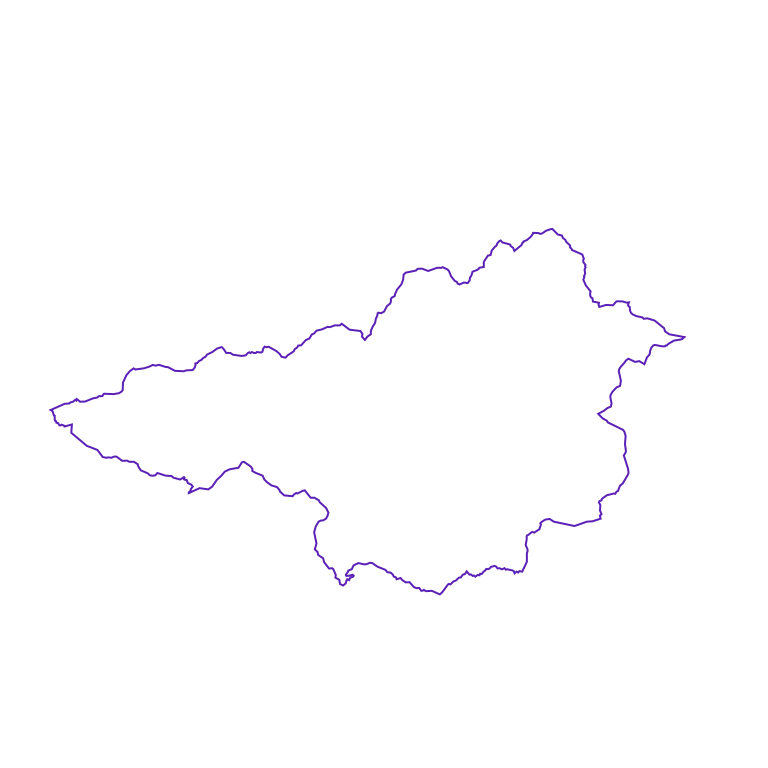 Andreiasu De Jos, Vrancea, Romania, rotated 36°
{"feature_id": "2599482B32209112842541", "entity_name": "Andreiasu De Jos", "entity_type": "district", "adm_level": 2, "iso_a3": "ROU", "parent_name": "Romania", "parent_adm1": "Vrancea", "projection": "mercator", "projection_center": [26.796, 45.716], "detail": "fine", "context": "isolated", "style": "outline", "palette": "violet", "viewbox_px": 768, "rotation_deg": 36, "n_neighbors": 0, "source": "geoboundaries", "source_scale": "gbopen_adm2", "svg_char_len": 6165}
<svg xmlns="http://www.w3.org/2000/svg" viewBox="0 0 768 768"><g transform="rotate(36 384 384)"><path d="M303.8,572.5L305.3,568.1L305.1,559.9L306.3,553.8L306.7,548.5L309.3,543.7L315.5,537.3L315.1,530.8L316.4,529.3L324.7,529.1L327.4,530.0L328.5,531.7L332.1,531.4L339.6,529.5L343.4,531.6L347.0,532.2L352.5,532.2L358.1,530.3L362.0,531.3L362.9,532.1L368.7,532.8L376.0,528.5L376.1,526.1L377.1,523.7L378.4,523.4L381.0,518.2L382.4,516.6L391.5,519.1L394.6,516.9L399.7,516.4L401.5,517.4L410.2,518.4L414.7,520.8L415.9,524.2L416.2,527.0L415.0,530.0L413.1,531.7L412.0,533.7L412.5,539.4L414.7,545.1L423.1,552.7L425.3,558.5L428.8,558.9L431.3,561.0L437.3,560.8L440.2,563.3L448.0,565.6L450.4,563.5L451.6,563.5L457.2,566.8L458.5,569.2L462.9,568.7L466.1,571.7L469.4,571.0L470.2,567.7L469.4,566.0L469.0,563.5L471.0,563.3L470.5,560.5L472.1,558.4L472.2,557.0L470.8,556.7L467.8,560.3L466.2,561.4L465.3,560.8L465.2,556.9L464.8,555.9L466.8,552.7L466.0,548.6L468.5,544.0L474.1,541.5L475.8,540.0L477.7,536.9L479.8,535.8L486.2,535.6L494.5,533.5L497.4,534.3L500.1,532.7L503.1,533.0L505.2,534.1L507.1,533.4L509.0,534.5L511.5,531.2L514.0,531.9L518.2,531.7L521.2,529.3L527.4,530.7L530.2,530.1L532.4,528.3L535.7,529.4L536.9,528.3L537.2,527.1L539.6,527.0L544.3,523.2L552.8,521.4L553.5,518.5L553.6,508.6L553.9,507.7L555.6,507.0L556.2,503.0L557.7,500.7L558.4,496.7L559.8,495.4L559.9,491.7L561.2,490.2L561.0,487.0L565.2,488.0L566.2,487.0L568.6,487.1L569.3,486.1L571.1,486.2L572.0,483.5L573.7,482.6L573.3,481.0L574.8,480.1L574.8,477.3L575.5,475.3L575.4,473.5L577.1,472.6L577.9,471.0L578.0,469.2L580.3,466.2L582.2,465.8L584.2,466.5L585.6,465.2L588.4,464.6L589.7,462.2L591.7,462.6L592.3,461.6L597.5,459.3L599.4,459.2L600.9,460.4L601.6,457.9L603.3,457.7L603.5,455.8L606.1,454.6L604.1,443.9L598.9,436.7L598.6,435.2L597.3,433.4L593.3,431.0L590.7,425.7L588.9,423.3L588.8,422.3L589.6,420.9L590.4,417.4L591.1,416.5L592.9,415.9L595.1,410.1L593.6,405.6L592.3,404.8L592.7,402.6L594.2,398.9L597.3,395.8L602.2,395.6L621.6,386.9L629.1,376.1L633.4,372.5L638.4,365.7L636.0,363.5L636.5,361.5L633.1,359.4L630.2,354.8L627.7,353.6L627.1,352.4L628.3,350.3L627.9,349.1L628.2,347.3L629.7,343.0L634.3,337.5L635.6,336.9L635.4,334.3L636.2,332.9L634.7,327.7L635.6,324.0L634.6,313.6L633.9,311.9L631.1,309.0L620.0,300.8L619.8,297.6L619.1,296.0L614.3,291.0L610.0,284.0L606.5,281.3L604.4,280.6L587.6,283.5L585.8,282.7L581.1,283.3L574.8,282.2L577.7,276.3L578.9,272.1L580.8,269.0L579.6,266.1L574.9,261.7L573.8,259.9L573.4,255.9L573.9,251.4L574.3,249.7L576.0,247.0L575.7,245.9L573.7,242.1L566.4,235.6L565.6,233.8L565.4,231.2L566.0,225.6L565.9,222.7L566.8,219.9L574.2,218.5L577.0,215.5L583.0,214.9L581.1,207.9L581.5,203.9L579.6,200.2L578.9,197.2L579.2,194.4L580.3,193.1L587.0,190.0L589.0,188.5L589.4,187.1L590.1,186.8L590.5,184.3L593.0,178.5L598.0,173.5L598.9,172.1L599.4,169.5L585.6,176.1L580.4,176.2L577.8,174.2L565.6,173.6L558.5,176.1L555.7,178.6L554.1,178.2L548.1,180.8L544.2,181.5L542.1,181.3L540.0,180.1L537.5,177.2L535.7,177.2L534.8,176.5L534.2,174.0L532.4,175.6L528.6,176.9L523.9,180.1L523.4,181.0L523.0,185.7L517.1,189.6L512.9,195.1L510.9,193.7L510.2,191.9L504.6,194.5L502.3,192.1L500.8,192.3L499.0,191.4L497.4,189.4L496.8,187.7L489.3,185.6L483.9,182.4L483.2,179.6L482.4,179.2L481.9,176.5L479.0,173.5L478.5,171.1L477.4,170.5L477.1,169.3L473.6,168.2L472.2,166.4L472.1,165.2L468.3,162.7L457.2,165.1L456.1,164.3L454.3,164.2L453.2,162.6L448.0,161.9L445.9,160.8L442.9,160.7L440.7,159.3L436.8,160.9L429.0,159.6L427.9,160.7L425.0,164.8L423.5,169.1L422.1,170.8L420.2,171.1L415.8,174.1L416.2,174.8L416.2,178.7L415.0,183.6L413.1,186.7L413.5,187.3L413.0,188.6L413.6,190.7L411.3,199.7L408.4,197.9L405.3,197.9L404.2,197.0L396.5,199.9L394.0,199.3L393.3,200.5L393.0,203.5L393.7,206.2L393.1,207.5L392.7,212.6L394.4,217.1L392.6,219.0L392.9,225.6L393.3,227.1L396.0,230.6L392.8,233.9L392.9,235.6L392.2,237.2L389.6,241.1L390.9,244.7L391.1,247.6L392.4,249.8L392.4,253.2L389.0,254.9L386.6,259.1L384.5,259.5L383.4,258.7L380.2,258.9L374.9,257.4L370.5,254.6L368.3,254.0L362.8,255.0L361.9,256.5L358.7,258.7L353.3,266.6L347.0,268.3L343.5,271.1L343.1,273.5L336.1,281.2L335.6,284.0L338.1,288.2L339.5,293.1L339.1,299.9L340.1,304.7L341.0,306.6L339.6,309.3L339.5,311.1L340.9,312.8L341.7,315.2L340.6,319.3L341.5,325.4L340.0,328.5L337.5,329.6L337.3,330.6L338.6,333.2L339.0,335.9L340.9,339.8L341.1,344.0L342.1,348.6L344.1,351.6L342.8,355.1L342.6,359.6L338.4,358.6L337.0,356.1L333.8,355.0L324.2,360.3L314.4,360.1L313.8,362.6L309.8,365.4L306.8,369.8L304.7,371.0L301.9,376.0L298.1,380.5L297.7,384.3L296.5,386.3L296.9,391.1L294.9,394.5L294.2,401.5L292.0,403.3L292.3,405.5L291.3,408.5L291.8,410.6L289.2,417.4L288.9,420.5L285.1,422.2L282.0,421.0L277.5,420.6L268.7,421.7L267.6,423.1L265.4,424.0L265.6,426.7L266.7,429.4L266.0,430.8L262.2,433.0L262.1,434.2L260.7,435.3L258.3,435.8L257.7,437.5L256.3,437.6L255.6,439.0L255.3,442.1L252.3,445.0L244.6,449.1L241.5,449.2L238.1,451.6L233.5,449.9L231.3,449.5L230.6,450.0L228.2,453.3L226.2,459.3L223.5,464.3L223.6,466.8L222.4,469.3L222.1,471.9L220.8,474.2L220.7,476.8L219.3,478.2L220.3,479.4L221.2,481.9L221.0,485.2L216.1,489.1L214.5,491.4L207.2,496.2L199.1,497.4L197.5,498.5L190.6,500.8L188.6,503.3L185.7,504.5L184.2,507.5L180.5,512.5L174.3,518.4L172.3,518.5L170.9,522.7L170.4,528.1L172.0,536.3L176.2,542.5L176.1,544.5L175.0,547.2L171.2,551.1L163.3,556.4L163.0,557.5L163.3,559.3L160.3,561.7L159.9,563.6L157.0,566.7L152.4,574.0L148.4,577.0L144.4,576.7L144.8,578.3L143.5,578.2L142.8,581.2L141.2,583.1L140.7,584.9L137.3,587.7L129.6,601.0L131.9,600.8L135.3,603.4L136.2,603.2L138.3,606.1L139.9,607.2L140.8,606.9L141.7,607.9L143.5,607.2L145.6,608.2L146.7,607.7L147.1,606.4L149.9,605.7L150.5,606.2L155.3,600.2L159.7,607.3L179.9,608.7L191.0,605.8L199.3,608.4L202.8,606.9L203.9,605.5L206.7,604.0L208.2,601.5L210.2,600.0L217.4,600.0L221.2,597.0L223.7,596.6L227.5,593.9L231.9,593.7L233.6,595.1L238.0,596.8L245.4,595.1L248.3,595.5L250.8,594.2L252.6,592.4L253.0,589.2L261.0,586.6L266.1,583.4L268.9,583.5L275.2,581.1L276.9,576.9L277.8,577.1L278.1,578.6L278.7,578.7L280.9,577.7L283.6,579.5L286.9,578.7L289.6,579.3L289.4,582.3L290.2,583.9L289.8,586.5L290.2,587.0L296.0,576.7L303.8,572.5Z" fill="none" stroke="#5b21b6" stroke-width="2"/></g></svg>